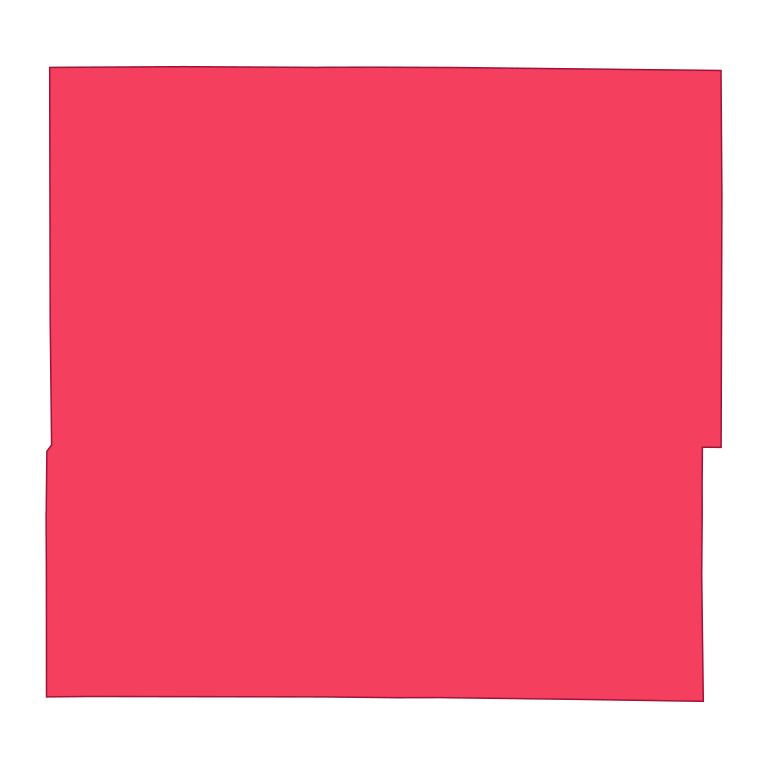 Dodge, Wisconsin, United States of America
{"feature_id": "52423323B32671588728946", "entity_name": "Dodge", "entity_type": "district", "adm_level": 2, "iso_a3": "USA", "parent_name": "United States of America", "parent_adm1": "Wisconsin", "projection": "equal_earth", "projection_center": [-88.734, 43.414], "detail": "fine", "context": "isolated", "style": "filled", "palette": "rose", "viewbox_px": 768, "rotation_deg": 0, "n_neighbors": 0, "source": "geoboundaries", "source_scale": "gbopen_adm2", "svg_char_len": 485}
<svg xmlns="http://www.w3.org/2000/svg" viewBox="0 0 768 768"><path d="M572.3,699.3L703.3,701.3L701.7,574.9L702.2,512.0L702.1,485.7L702.4,447.2L721.1,447.4L721.9,196.6L721.0,70.5L451.4,67.5L451.1,67.5L372.0,67.2L325.1,67.3L317.3,67.4L183.6,66.7L49.7,67.4L50.2,319.1L51.6,445.0L46.9,451.2L46.6,476.3L46.3,504.7L46.3,509.7L46.1,514.8L46.4,570.7L46.5,696.9L89.3,696.5L323.3,696.9L396.7,697.7L440.7,697.6L572.2,699.3L572.3,699.3Z" fill="#f43f5e" stroke="#9f1239" stroke-width="1.5"/></svg>